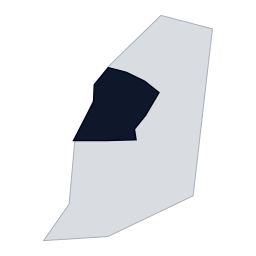 Saint John on a map of Grenada (orthographic projection)
{"feature_id": "GRD-5073", "entity_name": "Saint John", "entity_type": "Parish", "adm_level": 1, "iso_a3": "GRD", "parent_name": "Grenada", "parent_adm1": "", "projection": "orthographic", "projection_center": [-61.707, 12.147], "detail": "fine", "context": "in_parent", "style": "filled", "palette": "ink", "viewbox_px": 256, "rotation_deg": 0, "n_neighbors": 0, "source": "natural_earth", "source_scale": "10m", "svg_char_len": 431}
<svg xmlns="http://www.w3.org/2000/svg" viewBox="0 0 256 256"><path d="M107.9,236.5L43.6,240.6L69.1,204.2L74.7,142.1L108.4,66.5L160.9,15.4L212.4,28.9L193.1,195.8L107.9,236.5Z" fill="#d9dde1" stroke="#a8b0b8" stroke-width="1"/><path d="M73.6,140.5L93.6,101.8L94.3,84.7L108.2,67.7L126.4,72.4L144.7,81.3L158.9,92.6L145.5,115.3L134.4,129.1L136.0,139.7L107.4,140.5L73.6,140.5Z" fill="#0f172a" stroke="#020617" stroke-width="1.5"/></svg>